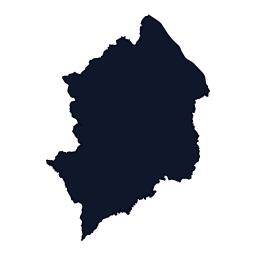 Wang Chao, Tak, Thailand
{"feature_id": "78962969B10518066707852", "entity_name": "Wang Chao", "entity_type": "district", "adm_level": 2, "iso_a3": "THA", "parent_name": "Thailand", "parent_adm1": "Tak", "projection": "robinson", "projection_center": [99.133, 16.616], "detail": "fine", "context": "isolated", "style": "filled", "palette": "ink", "viewbox_px": 256, "rotation_deg": 0, "n_neighbors": 0, "source": "geoboundaries", "source_scale": "gbopen_adm2", "svg_char_len": 5786}
<svg xmlns="http://www.w3.org/2000/svg" viewBox="0 0 256 256"><path d="M207.3,86.3L206.2,85.3L205.2,83.0L204.4,76.9L203.4,74.8L202.0,73.0L193.0,63.6L191.2,62.2L187.5,60.2L184.7,57.9L180.6,50.9L179.4,47.5L177.8,45.6L172.2,40.4L167.5,34.5L160.7,23.9L157.9,21.5L148.7,15.4L148.2,16.5L145.5,16.9L145.1,17.4L145.0,18.1L144.3,18.2L143.4,19.2L143.2,19.9L142.8,20.0L142.3,20.9L142.5,21.7L141.7,22.1L141.8,22.8L141.4,23.6L142.0,23.8L142.5,26.0L141.8,27.5L140.9,27.0L140.5,28.0L140.8,28.8L140.4,29.9L140.9,32.3L140.1,33.4L141.1,35.2L140.9,36.2L139.7,38.5L139.9,39.5L139.2,39.7L139.2,40.3L137.3,41.8L136.1,44.8L134.5,45.5L132.3,44.8L132.0,44.2L131.3,43.9L131.2,43.1L130.3,41.9L129.5,41.5L129.3,40.1L128.3,40.2L127.9,40.6L127.7,40.1L126.9,39.7L125.6,40.0L124.7,39.0L124.7,37.1L123.0,38.2L121.9,37.2L120.9,38.8L119.1,39.2L117.9,40.2L116.8,40.7L116.9,42.4L117.7,44.0L116.3,45.5L114.7,45.7L112.3,45.2L111.9,45.8L110.0,45.1L109.8,46.9L109.3,47.5L108.4,47.7L108.6,49.5L107.9,50.0L106.4,50.2L105.2,51.5L104.5,51.6L103.2,55.9L101.7,56.6L101.3,58.4L99.4,58.1L98.6,58.5L94.0,59.0L92.1,60.4L90.3,60.6L89.5,62.3L90.0,63.2L89.9,64.5L86.2,68.0L85.6,70.0L82.3,72.5L81.1,74.6L79.4,74.8L76.6,73.9L74.7,72.6L73.2,73.9L69.5,74.6L68.3,76.4L64.3,76.5L63.1,76.9L62.9,78.0L65.6,82.3L69.1,84.3L69.3,85.7L68.1,90.0L68.3,91.7L71.2,96.5L72.4,97.0L74.3,97.1L75.8,99.4L76.0,100.5L75.6,101.3L71.7,102.2L71.2,102.7L71.0,104.0L70.4,104.1L70.2,105.7L70.8,107.0L70.8,107.7L70.2,108.5L70.6,109.2L70.4,111.3L70.9,111.4L71.2,112.4L71.8,112.8L72.3,113.8L72.3,116.2L73.6,117.2L76.3,118.3L77.8,120.3L78.5,122.9L80.6,124.6L79.2,124.7L78.1,124.1L76.9,124.4L74.0,126.8L74.1,128.1L73.3,130.8L72.9,131.2L75.2,134.5L75.5,135.8L76.3,136.0L76.4,136.8L77.4,137.4L78.1,138.3L78.5,139.2L78.4,141.1L79.2,142.6L80.9,143.3L80.8,143.7L81.4,145.3L79.7,146.0L78.0,147.4L77.8,149.0L76.7,150.0L76.3,151.5L74.7,152.1L71.0,152.6L69.3,152.1L67.7,152.6L66.6,153.8L65.2,152.7L63.5,153.1L62.8,152.1L62.1,151.7L59.5,152.1L57.9,155.5L55.9,157.0L56.0,158.9L53.4,161.9L51.8,160.7L50.6,161.1L49.3,160.6L48.0,160.8L47.2,160.3L46.8,160.7L47.5,163.4L48.3,163.7L48.5,164.2L49.3,163.9L49.9,165.1L50.6,164.7L51.3,165.2L51.7,163.8L53.1,164.5L52.7,166.0L53.5,166.0L53.9,166.5L53.4,167.6L54.0,167.7L54.1,168.6L54.7,168.4L55.4,169.0L55.4,170.5L56.3,170.3L57.3,171.8L58.2,171.0L58.7,171.7L59.5,171.5L59.6,172.9L60.8,173.3L60.8,173.8L59.9,174.2L60.6,174.5L60.8,175.0L59.8,175.6L59.8,176.2L61.0,177.3L62.4,177.0L63.2,177.7L63.2,178.4L63.9,178.8L63.7,179.6L64.3,179.6L64.3,180.2L64.8,180.4L64.6,180.9L65.2,181.0L65.1,181.7L65.6,182.2L65.3,182.8L65.7,184.3L65.5,184.9L66.0,185.1L66.4,186.2L66.1,186.9L67.2,187.0L67.6,187.8L67.9,189.6L67.6,190.6L68.7,191.8L68.8,192.6L69.9,194.7L70.7,195.2L71.2,197.0L71.8,197.2L71.6,198.3L72.0,199.6L73.4,200.0L74.5,202.6L76.6,202.4L78.8,201.2L79.9,202.5L80.7,202.6L81.9,203.5L82.7,204.9L83.3,206.8L82.3,209.5L82.5,213.3L80.9,216.1L80.5,217.7L80.6,218.3L82.4,220.2L83.0,222.4L82.3,224.1L82.4,224.8L81.7,225.5L82.5,226.7L82.4,230.1L83.3,234.4L82.3,236.0L82.5,238.0L81.5,240.6L82.9,238.8L84.3,237.9L85.0,236.1L87.5,234.0L89.6,234.2L90.8,232.7L92.4,232.1L92.8,230.5L96.3,227.7L96.7,226.4L97.7,225.0L97.6,223.6L99.7,221.6L100.8,221.4L101.8,219.6L103.0,218.4L105.7,217.6L106.5,216.8L108.1,216.9L109.9,215.1L110.9,214.7L112.3,214.7L112.6,214.5L112.7,213.7L113.6,213.6L114.1,213.1L114.9,214.2L115.9,214.9L116.7,214.0L116.2,212.7L116.5,212.0L117.2,211.6L118.5,212.5L119.6,212.7L120.0,210.3L120.4,209.9L121.2,211.4L122.3,212.0L122.7,212.0L122.7,211.4L123.5,210.8L124.8,211.8L127.2,211.2L127.6,211.8L126.5,212.0L126.4,212.4L127.5,213.9L128.1,214.2L129.0,213.3L128.5,211.9L128.7,211.2L129.6,211.5L129.9,211.2L129.7,209.4L130.6,209.6L131.3,208.9L131.3,208.4L130.1,207.7L130.0,207.3L130.6,206.8L132.7,206.5L131.8,205.3L131.9,205.0L134.6,204.6L134.7,202.6L135.1,201.9L136.5,202.5L137.0,200.7L137.0,199.2L137.6,198.1L138.5,198.0L139.5,199.2L141.6,198.8L142.2,198.4L142.6,197.0L143.3,196.5L143.9,197.0L144.6,198.5L145.2,198.9L146.0,195.8L146.6,195.6L147.0,196.4L147.7,196.4L149.3,194.3L150.1,195.1L149.9,196.3L150.2,197.0L151.4,196.6L153.6,194.5L154.4,192.7L155.7,191.7L155.4,191.2L154.6,191.1L153.8,191.3L152.8,192.1L152.3,192.0L152.4,189.7L154.0,185.2L156.6,182.7L158.1,182.8L158.7,182.3L159.2,181.4L158.4,180.5L158.1,179.7L159.2,178.7L163.1,179.3L164.4,179.9L164.8,179.7L165.0,179.2L163.8,178.3L163.5,177.4L164.0,175.4L164.6,174.6L167.6,175.7L168.6,177.8L168.7,178.8L169.5,179.5L171.5,178.8L175.9,179.9L177.6,180.9L179.1,180.9L179.7,181.6L180.1,181.4L180.8,179.5L182.2,178.3L184.0,177.9L184.6,178.1L184.9,177.6L185.6,177.4L186.0,178.1L187.9,178.2L188.8,178.9L190.8,177.9L190.8,176.8L190.1,175.3L191.8,174.4L191.7,172.9L192.4,170.6L193.0,170.2L193.7,170.3L194.9,168.3L194.8,167.2L193.5,166.4L193.2,165.7L193.7,164.6L194.7,163.9L195.2,162.4L197.6,161.4L198.2,160.5L198.0,160.1L198.3,159.0L199.3,156.6L198.3,153.5L199.1,151.1L198.3,150.4L198.3,149.3L198.8,148.3L198.0,147.3L198.1,146.6L195.9,143.7L196.6,141.6L197.9,140.9L196.5,139.8L196.8,138.7L197.6,137.8L197.8,136.7L198.3,136.5L198.6,135.9L197.4,134.6L197.0,133.3L196.4,133.2L196.5,132.3L195.7,131.8L194.9,130.6L194.1,130.3L193.7,128.6L194.0,126.6L192.6,126.7L192.2,126.3L192.8,125.4L192.9,124.1L191.6,123.5L191.6,122.9L192.5,121.3L191.5,118.7L191.6,118.1L192.1,117.8L192.6,115.7L192.3,114.6L191.4,113.6L191.1,112.4L192.6,111.9L193.8,112.3L194.0,112.1L193.6,111.6L194.5,110.9L193.7,110.0L194.7,109.5L194.3,108.7L194.8,108.3L194.6,107.6L193.9,107.4L194.3,105.8L193.7,104.3L194.1,103.4L195.1,102.8L194.8,101.2L194.2,100.8L194.1,99.9L194.5,99.3L196.5,98.9L197.4,98.0L198.0,98.2L198.5,97.7L199.5,98.1L200.5,97.1L201.7,97.0L202.1,95.9L203.0,96.0L203.8,95.3L204.0,94.4L205.0,94.6L207.0,96.1L207.6,96.0L207.8,92.5L209.0,91.5L209.2,90.8L207.0,87.3L207.3,86.3Z" fill="#0f172a" stroke="#020617" stroke-width="1.5"/></svg>